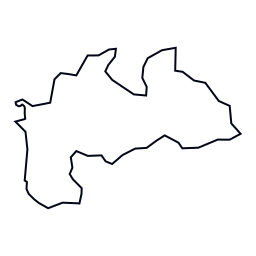 Uzgen, Osh, Kyrgyzstan
{"feature_id": "92254566B62299131303841", "entity_name": "Uzgen", "entity_type": "district", "adm_level": 2, "iso_a3": "KGZ", "parent_name": "Kyrgyzstan", "parent_adm1": "Osh", "projection": "orthographic", "projection_center": [73.5, 40.749], "detail": "fine", "context": "isolated", "style": "outline", "palette": "ink", "viewbox_px": 256, "rotation_deg": 0, "n_neighbors": 0, "source": "geoboundaries", "source_scale": "gbopen_adm2", "svg_char_len": 1028}
<svg xmlns="http://www.w3.org/2000/svg" viewBox="0 0 256 256"><path d="M79.4,203.5L81.5,193.9L81.7,188.2L72.8,179.2L69.7,174.0L72.4,167.7L70.8,157.3L76.3,151.1L87.9,155.9L101.5,155.4L105.6,161.3L112.1,164.0L122.6,155.0L135.2,148.6L146.6,147.9L156.7,140.5L164.7,135.4L178.5,142.7L182.3,148.3L198.3,147.7L217.7,139.6L229.6,139.7L240.6,133.8L231.3,123.4L229.7,105.9L218.8,101.0L205.3,82.8L194.0,80.5L182.6,71.8L175.2,70.7L175.7,47.8L162.0,50.2L147.7,58.2L143.4,67.0L142.3,77.9L146.7,86.9L146.1,95.5L133.8,94.4L112.2,79.9L105.3,71.4L108.3,65.0L114.9,56.7L115.9,48.8L109.0,49.5L98.5,55.4L87.6,55.5L76.3,75.4L68.1,74.0L60.7,73.1L54.5,79.3L50.2,102.7L32.5,106.1L24.0,100.5L22.4,99.5L15.6,102.2L15.8,103.3L16.2,104.9L18.9,106.3L20.6,105.9L21.8,104.7L22.5,104.6L22.9,105.0L24.4,106.4L24.8,107.9L24.7,113.5L25.2,118.8L24.3,119.2L15.4,121.6L25.5,131.8L27.4,149.5L24.7,180.5L26.9,181.9L26.5,189.0L28.8,194.0L34.2,199.3L38.7,202.9L48.1,208.2L62.5,202.7L70.8,203.0L77.4,203.3L79.4,203.5Z" fill="none" stroke="#020617" stroke-width="2"/></svg>